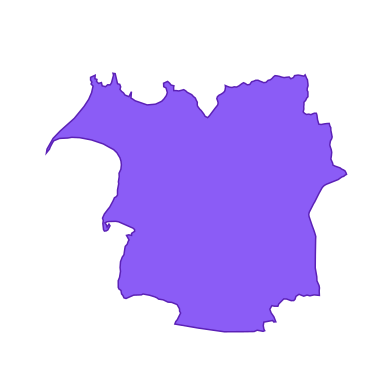 the district of Viamão, Rio Grande do Sul, Brazil, rotated 99°
{"feature_id": "56859067B37980844021564", "entity_name": "Viamão", "entity_type": "district", "adm_level": 2, "iso_a3": "BRA", "parent_name": "Brazil", "parent_adm1": "Rio Grande do Sul", "projection": "robinson", "projection_center": [-50.925, -30.204], "detail": "fine", "context": "isolated", "style": "filled", "palette": "violet", "viewbox_px": 384, "rotation_deg": 99, "n_neighbors": 0, "source": "geoboundaries", "source_scale": "gbopen_adm2", "svg_char_len": 4124}
<svg xmlns="http://www.w3.org/2000/svg" viewBox="0 0 384 384"><g transform="rotate(99 192 192)"><path d="M77.2,92.8L74.9,93.2L73.5,94.2L71.5,94.4L69.0,94.0L67.1,94.4L65.4,94.9L63.2,95.5L61.5,96.8L60.0,97.7L58.6,98.6L60.1,99.6L59.9,102.7L59.9,105.5L61.0,108.9L63.1,109.7L64.7,112.1L63.2,114.0L64.0,117.0L64.6,118.9L64.5,121.3L64.1,123.8L64.0,125.9L64.1,128.2L65.6,129.6L67.1,130.5L68.9,132.1L69.8,134.3L72.1,136.0L72.8,138.4L72.3,140.1L71.9,142.2L71.3,144.3L71.7,146.6L72.9,148.4L73.7,150.2L75.1,151.0L76.8,151.8L77.5,154.2L76.5,156.3L76.0,158.2L77.3,159.8L79.9,162.3L81.4,164.4L81.5,166.8L82.5,168.8L82.6,171.2L82.1,174.0L81.6,175.8L83.3,175.3L86.0,175.3L87.6,175.6L89.5,177.1L91.0,178.8L92.2,180.5L93.9,181.8L96.0,182.1L97.5,181.2L99.9,180.1L102.0,180.2L104.3,181.5L105.7,182.3L113.8,186.6L116.1,188.2L115.2,190.9L113.2,192.5L111.8,193.9L110.0,195.8L109.0,197.3L107.6,198.7L106.3,200.0L104.8,200.5L102.5,200.8L100.5,202.3L98.7,203.4L97.5,205.5L95.9,207.5L95.0,210.2L94.3,212.3L93.1,214.0L92.2,216.2L93.2,218.3L94.3,221.0L94.3,223.3L94.7,225.9L91.8,226.5L89.9,226.5L89.7,229.3L88.0,231.2L86.6,233.4L89.0,237.1L92.4,236.4L93.3,233.9L97.7,231.9L100.7,232.4L104.4,234.2L107.1,236.1L108.5,238.1L110.9,241.7L111.5,243.9L112.2,246.7L113.0,249.9L110.8,262.4L109.6,264.9L108.7,267.0L102.4,267.5L107.7,269.2L106.7,273.4L104.8,275.2L103.6,277.4L101.9,279.2L99.3,278.9L97.0,280.2L96.7,282.5L87.1,286.4L87.1,288.6L88.8,287.8L96.8,288.6L99.0,289.6L99.3,292.1L101.5,293.9L101.2,297.3L98.1,298.6L99.4,301.3L97.7,303.6L95.7,303.5L95.3,305.6L91.8,305.9L94.6,310.1L97.3,309.7L99.1,308.1L101.1,308.6L102.9,306.3L109.6,306.7L116.6,308.5L124.4,312.0L137.7,319.8L152.3,331.7L160.8,337.6L168.8,340.6L172.3,341.9L176.2,341.9L172.0,339.5L169.9,339.1L167.8,338.4L165.2,337.5L163.0,336.5L159.8,331.2L158.1,323.1L156.8,319.3L155.9,311.4L156.3,299.4L158.4,287.1L160.5,281.4L162.4,276.0L165.0,272.3L169.5,268.5L172.8,266.9L176.2,266.0L180.7,265.8L184.9,267.0L188.3,266.3L193.5,266.3L195.3,265.7L201.6,265.9L206.7,265.1L208.4,266.0L209.8,267.7L213.2,268.6L219.8,270.9L222.0,272.2L227.4,275.1L231.8,276.3L234.0,275.2L237.1,275.1L243.0,273.5L244.3,272.4L243.8,270.6L242.6,269.2L238.2,267.7L236.7,269.0L239.9,270.4L237.9,271.4L236.1,273.1L234.6,271.1L234.0,268.7L232.9,262.8L232.9,259.9L236.4,246.6L236.8,244.9L238.0,242.9L239.8,242.5L242.3,245.2L244.3,244.9L244.2,247.8L245.1,249.9L249.2,246.7L250.7,247.3L253.7,247.8L256.1,249.4L258.4,249.5L264.6,249.4L267.2,250.7L272.0,251.7L277.9,251.2L281.6,250.2L287.7,250.2L291.1,251.0L297.8,249.9L299.2,249.0L300.3,246.8L303.7,245.6L304.9,244.2L307.2,242.6L307.5,240.5L303.0,233.5L301.5,225.9L300.4,224.4L300.5,221.5L300.6,217.7L301.4,212.2L302.1,209.8L303.0,208.3L303.0,203.6L304.5,198.6L304.2,194.7L305.5,189.1L309.3,186.1L311.7,185.6L313.3,184.3L320.3,186.5L322.6,187.8L325.1,188.3L325.4,164.9L325.0,138.3L321.9,119.2L320.1,108.8L318.3,106.0L318.5,100.0L317.6,98.5L316.3,99.5L312.9,100.7L309.3,100.7L306.3,92.3L307.6,90.9L307.1,88.9L302.5,91.6L298.9,95.0L295.6,96.8L291.7,95.3L291.9,93.0L291.4,89.3L289.0,88.8L283.3,84.7L282.9,81.9L283.8,77.1L283.3,74.5L281.9,73.5L278.8,73.0L276.3,70.3L277.4,65.3L275.8,62.3L276.1,59.3L274.5,55.3L274.2,50.0L269.8,50.9L266.8,51.1L264.5,51.9L260.2,54.7L256.2,55.5L247.7,58.4L235.1,60.3L219.4,62.5L216.6,62.8L214.6,63.7L211.4,65.3L206.4,68.1L202.6,70.1L197.8,72.6L195.7,73.2L193.5,73.0L187.4,71.0L184.6,70.1L182.7,69.3L179.9,68.4L176.4,67.3L173.3,66.3L169.2,64.8L167.6,64.2L166.2,63.4L164.8,62.3L163.3,60.4L161.7,57.7L160.2,55.2L158.6,52.5L156.8,49.5L154.8,47.5L153.6,46.2L152.8,44.6L151.6,43.6L150.4,42.1L148.9,42.9L147.2,44.2L146.5,45.8L145.9,47.9L145.0,49.5L144.6,51.8L144.0,55.0L143.3,57.0L141.5,57.6L139.8,58.7L137.7,60.0L134.3,60.0L131.0,60.2L128.4,61.1L126.1,62.3L124.0,63.3L121.6,63.3L119.7,63.2L117.7,62.4L115.7,62.2L114.0,62.8L112.0,63.5L109.4,64.5L106.7,65.0L105.1,66.2L102.8,67.2L103.3,69.5L104.1,72.2L105.1,74.9L105.2,77.3L101.0,79.3L96.6,80.6L94.8,81.5L95.0,83.4L96.0,85.2L97.0,86.6L96.8,88.8L97.5,91.1L96.7,93.2L95.5,94.7L92.6,94.5L90.2,95.0L88.1,95.1L85.9,95.5L83.7,94.1L81.3,93.4L79.8,92.4L77.2,92.8Z" fill="#8b5cf6" stroke="#5b21b6" stroke-width="1.5"/></g></svg>